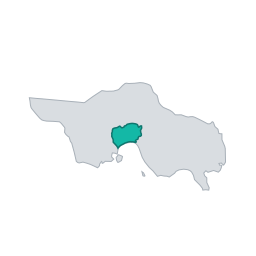 Gabès on a map of Tunisia (Natural Earth projection), rotated 107°
{"feature_id": "TUN-111", "entity_name": "Gabès", "entity_type": "Governorate", "adm_level": 1, "iso_a3": "TUN", "parent_name": "Tunisia", "parent_adm1": "", "projection": "natural_earth1", "projection_center": [9.729, 33.79], "detail": "fine", "context": "in_parent", "style": "filled", "palette": "teal", "viewbox_px": 256, "rotation_deg": 107, "n_neighbors": 0, "source": "natural_earth", "source_scale": "10m", "svg_char_len": 3942}
<svg xmlns="http://www.w3.org/2000/svg" viewBox="0 0 256 256"><g transform="rotate(107 128 128)"><path d="M174.9,145.4L174.8,146.2L174.0,151.7L173.8,153.7L173.7,157.0L173.8,161.1L175.7,164.5L175.7,166.0L175.0,167.7L171.5,169.7L167.0,172.3L163.2,174.7L158.9,177.4L157.7,179.1L155.6,180.5L153.8,181.8L153.5,183.1L152.3,185.5L150.7,187.4L146.6,188.3L145.9,188.9L144.0,191.8L143.2,192.9L142.1,195.3L143.5,201.5L145.2,207.9L145.5,210.5L145.5,212.7L144.5,215.1L142.4,218.5L140.8,221.0L137.8,225.5L136.9,226.6L134.8,227.9L130.7,229.7L127.9,231.2L126.5,224.3L125.2,218.5L124.2,213.7L122.4,205.2L120.9,197.9L119.4,190.7L118.0,184.2L116.7,177.6L116.1,176.7L111.9,173.6L108.1,170.7L104.2,167.5L99.9,163.9L99.2,159.5L97.0,152.8L94.7,149.1L93.8,148.1L89.1,145.7L86.4,143.9L85.7,142.9L85.2,140.2L83.3,134.8L81.1,129.8L80.4,126.5L80.3,122.3L80.7,119.3L81.7,118.0L86.3,114.3L88.4,109.7L91.0,108.0L93.3,106.8L95.2,105.3L96.8,102.9L98.0,100.3L98.3,97.6L98.8,93.2L99.7,90.2L101.6,86.7L100.8,83.9L99.8,80.9L100.1,75.7L99.9,73.6L99.0,71.8L98.2,69.4L98.2,67.4L99.0,62.1L99.7,58.2L100.7,53.0L100.3,51.5L99.6,50.4L97.4,49.3L97.4,48.6L97.9,47.8L101.2,45.3L102.9,41.6L104.4,40.8L106.6,39.5L106.5,38.0L106.1,36.5L111.8,34.7L117.3,30.1L119.2,29.0L132.0,24.8L133.6,25.1L135.5,25.7L134.9,27.3L134.2,28.5L135.3,30.7L136.8,29.4L136.4,28.5L136.3,27.3L138.9,27.2L141.3,27.4L143.8,28.7L143.6,33.7L147.0,38.6L146.1,41.0L148.9,42.4L151.3,40.7L152.6,38.1L157.1,36.7L161.4,32.9L163.8,32.6L164.3,35.6L165.5,38.3L163.9,39.2L161.8,42.1L157.9,49.3L154.2,51.5L151.5,54.3L150.7,56.2L150.4,58.6L151.1,62.7L153.1,66.9L155.4,69.4L157.6,70.2L162.8,74.2L162.7,76.6L163.4,79.5L163.7,82.9L165.6,85.7L161.7,91.6L159.6,96.0L155.5,102.0L151.9,105.8L144.0,111.6L142.1,113.5L140.8,115.5L140.2,117.6L140.5,120.0L143.1,126.0L146.5,129.5L150.0,131.4L156.1,130.7L155.9,133.0L156.4,135.7L158.9,135.6L160.5,135.2L161.9,132.5L164.9,134.3L166.5,140.0L169.0,141.7L169.3,142.4L168.4,142.8L167.7,143.4L168.5,143.9L170.9,144.6L172.4,144.2L174.9,145.4ZM161.9,129.7L161.3,129.8L160.1,130.6L159.5,130.7L157.8,129.8L157.2,129.8L156.3,129.2L156.6,125.8L156.9,124.9L161.0,124.7L163.3,126.8L163.7,127.3L163.8,127.9L162.7,129.0L161.9,129.7ZM169.3,99.8L165.7,101.9L166.4,100.0L168.8,97.8L169.4,98.4L169.3,99.8Z" fill="#d9dde1" stroke="#a8b0b8" stroke-width="1"/><path d="M139.5,116.6L139.4,116.7L139.6,117.2L139.7,117.8L139.7,119.0L139.8,119.5L140.2,120.6L140.2,121.2L140.5,122.1L141.0,123.2L143.2,126.4L143.4,126.6L143.7,126.8L147.1,130.3L148.0,130.8L149.8,131.6L150.2,131.7L150.1,131.8L149.6,132.2L148.1,134.0L148.0,134.3L147.9,134.5L146.6,136.7L146.1,137.7L145.9,137.9L145.8,138.0L144.2,138.5L143.4,138.8L140.7,141.1L138.7,141.6L138.0,142.0L137.8,142.0L137.4,142.0L136.1,141.9L135.7,142.0L134.7,142.3L134.2,142.3L133.6,142.2L133.2,142.2L132.2,141.2L131.9,140.7L131.0,138.9L130.7,138.4L128.8,136.7L128.7,136.5L128.7,136.3L128.7,136.1L128.7,135.9L128.8,135.8L129.3,134.9L129.4,134.7L129.5,134.3L129.6,134.1L129.6,133.8L129.5,133.7L129.3,133.3L128.2,132.1L127.9,132.0L127.5,132.1L127.4,132.1L127.2,132.0L127.1,131.9L126.9,131.7L126.6,131.1L126.4,130.9L126.1,130.6L125.9,130.5L124.9,130.0L124.7,129.9L123.3,127.5L122.7,126.2L122.3,125.1L122.1,124.0L121.9,122.7L121.8,121.5L122.0,120.3L122.0,120.1L122.2,119.9L122.3,119.7L122.8,119.3L123.6,118.7L124.1,118.2L124.1,117.9L123.0,117.1L122.8,117.0L122.4,116.6L122.2,116.2L122.1,115.7L123.5,115.1L124.0,114.9L126.7,115.3L126.9,115.3L127.1,115.2L128.0,114.7L128.5,114.5L128.9,114.3L129.6,113.7L129.9,113.5L130.9,113.2L131.1,113.2L131.3,113.1L131.5,113.2L132.0,113.6L132.3,113.8L132.5,114.2L132.6,114.4L132.8,114.9L133.0,115.1L133.3,115.2L133.7,115.4L133.9,115.4L134.1,115.4L134.6,115.4L135.0,115.3L135.6,115.3L135.8,115.3L136.0,115.4L136.2,115.7L136.4,116.1L136.8,116.5L137.2,116.8L137.7,117.1L138.2,117.1L138.4,117.1L138.5,117.1L138.6,116.9L138.6,116.5L138.7,116.3L138.7,116.2L138.8,116.1L139.0,116.1L139.5,116.6Z" fill="#14b8a6" stroke="#0f766e" stroke-width="1.5"/></g></svg>